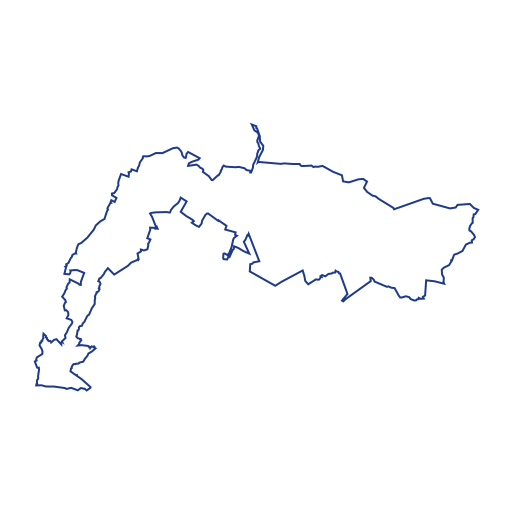 Villa de Álvarez, Colima, Mexico, rotated 179°
{"feature_id": "50627088B49259449060306", "entity_name": "Villa de Álvarez", "entity_type": "district", "adm_level": 2, "iso_a3": "MEX", "parent_name": "Mexico", "parent_adm1": "Colima", "projection": "albers", "projection_center": [-103.768, 19.327], "detail": "fine", "context": "isolated", "style": "outline", "palette": "blue", "viewbox_px": 512, "rotation_deg": 179, "n_neighbors": 0, "source": "geoboundaries", "source_scale": "gbopen_adm2", "svg_char_len": 6112}
<svg xmlns="http://www.w3.org/2000/svg" viewBox="0 0 512 512"><g transform="rotate(179 256 256)"><path d="M441.3,257.0L443.7,252.3L445.9,251.0L445.4,249.6L446.8,248.7L446.2,248.2L446.5,246.6L447.9,241.5L443.2,240.9L442.2,241.8L441.5,244.3L441.8,244.8L437.1,245.1L434.9,245.0L428.1,242.1L431.6,233.1L431.6,230.2L433.0,230.4L434.4,231.7L442.6,235.9L442.9,232.7L444.3,231.6L446.0,227.9L445.7,226.7L447.0,225.1L448.3,222.0L450.5,218.7L447.4,215.2L446.9,213.3L447.7,212.7L449.1,209.6L448.1,205.0L446.4,205.0L444.8,203.0L444.6,200.3L446.4,197.0L441.9,195.4L440.8,193.5L441.0,192.0L444.5,187.4L446.5,182.9L448.4,180.1L447.9,177.4L451.6,173.9L451.4,173.5L451.7,173.7L452.2,172.7L452.2,171.0L457.0,176.3L459.3,175.7L462.3,173.2L462.5,173.9L463.4,174.6L464.5,174.5L465.5,175.2L465.5,175.8L466.6,176.8L466.4,177.6L467.4,178.3L467.3,179.6L469.8,182.0L470.2,178.9L469.9,177.9L471.0,176.2L471.1,174.9L472.1,174.7L472.3,173.2L473.3,173.1L474.0,170.5L471.7,166.3L471.1,164.1L471.4,161.7L476.8,158.5L477.6,156.5L477.2,155.3L479.0,154.4L477.0,148.8L476.6,148.1L475.1,148.2L474.9,146.3L476.0,139.5L475.9,137.9L476.2,136.6L477.1,135.7L477.3,133.5L477.0,132.0L477.7,131.8L478.0,130.4L472.7,130.5L468.4,129.2L460.4,129.0L449.3,127.3L447.9,126.4L443.1,127.4L436.5,124.8L433.3,127.1L430.7,126.3L429.7,126.4L427.7,124.5L423.8,127.1L423.7,127.8L432.5,135.9L436.9,139.1L437.2,140.1L437.9,139.8L443.5,143.9L442.9,146.8L442.2,147.1L442.1,148.6L440.8,150.6L440.0,151.2L438.4,151.0L437.8,151.5L435.3,151.5L434.4,152.5L430.5,153.4L429.1,155.9L426.2,159.3L425.3,161.4L421.7,163.4L418.2,166.4L418.7,166.6L418.8,167.4L419.3,167.3L419.6,168.4L420.4,168.0L421.9,168.5L423.1,167.1L423.1,167.8L424.3,167.5L424.9,168.8L426.7,169.2L431.8,169.9L435.8,169.6L434.2,171.1L434.3,172.1L432.2,174.8L433.1,175.5L432.8,176.1L435.5,176.8L437.1,178.6L436.3,180.8L435.7,184.6L434.9,184.8L434.4,185.9L434.3,187.7L433.5,188.8L431.3,189.3L430.4,191.6L428.9,193.0L425.7,199.1L424.0,200.2L421.0,206.7L418.1,210.8L418.0,214.7L417.5,216.7L417.7,218.5L416.8,220.6L415.9,221.7L416.0,222.6L414.2,223.2L413.0,225.6L413.8,226.5L413.2,227.2L413.2,228.5L412.0,230.7L412.1,231.5L412.8,232.9L414.1,233.6L412.9,236.4L411.9,236.5L408.4,240.6L407.4,242.7L404.3,246.4L398.1,239.9L384.4,248.3L380.9,251.6L375.0,254.0L374.1,253.9L374.1,254.9L373.4,254.9L374.4,260.6L371.0,262.5L371.0,264.5L367.9,263.5L364.5,264.6L363.5,268.5L363.7,270.0L362.9,271.0L361.3,274.4L364.4,275.7L361.3,284.0L361.4,286.2L355.7,285.8L356.0,285.1L353.9,285.0L354.9,287.4L355.6,287.2L359.3,297.1L361.2,300.3L360.1,300.9L355.5,301.4L344.5,301.5L341.4,300.9L340.0,303.8L337.2,307.1L333.0,310.3L331.5,312.6L330.3,315.7L324.4,311.8L330.5,301.5L325.1,297.2L319.1,293.5L317.6,292.0L319.6,290.4L315.9,287.8L312.5,286.1L309.8,289.4L309.3,292.2L305.9,297.9L304.4,299.2L303.2,299.4L293.2,291.8L292.9,292.4L285.0,286.7L286.3,283.0L276.0,280.0L276.6,277.6L274.7,276.6L277.6,274.5L278.5,272.9L280.3,265.2L282.7,259.4L284.7,257.5L286.9,258.9L287.9,259.1L288.5,258.8L288.8,255.4L288.8,254.0L288.3,253.4L284.9,253.0L283.7,255.8L282.8,256.6L282.3,255.8L279.2,262.5L278.1,263.4L277.7,266.1L273.7,264.4L268.1,260.9L262.7,258.5L267.9,270.5L266.4,272.2L264.3,276.9L263.7,276.6L263.0,278.4L252.8,250.7L258.8,249.6L259.7,248.4L261.9,247.9L262.5,240.7L237.3,225.9L230.9,229.8L209.6,240.7L208.0,235.2L207.2,230.3L204.3,226.8L196.4,231.6L194.6,231.2L193.2,231.4L191.7,233.5L191.8,234.3L190.8,234.0L191.2,235.1L190.3,235.8L187.0,234.5L183.9,236.8L180.5,237.2L179.6,238.0L177.3,238.0L176.7,239.9L175.7,239.1L173.9,238.7L173.4,237.3L172.2,237.0L165.2,216.4L170.8,209.9L169.6,209.1L167.0,211.4L141.7,228.9L142.1,232.3L140.7,232.2L138.8,230.4L137.8,228.3L125.6,222.9L124.1,223.3L121.5,222.0L118.0,221.5L113.9,213.8L112.5,212.0L111.3,211.9L106.9,213.1L103.6,212.2L102.2,210.3L98.5,208.7L96.6,208.9L95.8,209.9L94.2,210.0L94.0,211.3L92.1,210.3L89.0,210.5L89.9,212.1L87.6,213.6L86.3,228.7L77.9,227.6L68.3,225.0L69.0,226.9L68.6,230.2L68.8,231.5L70.3,234.3L70.5,239.1L68.5,241.0L63.1,243.5L61.1,246.7L60.8,248.4L60.1,248.1L58.1,253.4L57.5,254.0L54.5,254.9L49.5,257.4L45.9,263.8L42.0,265.5L39.8,265.7L40.0,267.7L39.5,268.4L38.3,268.7L36.7,271.0L37.7,273.4L40.7,277.0L42.1,277.7L42.3,279.4L41.4,282.4L39.6,284.9L38.8,285.3L38.7,290.2L37.9,291.0L37.6,293.8L36.0,294.1L33.0,298.3L37.3,300.2L41.3,304.3L53.6,303.6L55.5,301.0L61.2,300.2L78.3,305.2L81.1,310.8L83.0,310.9L87.4,310.2L117.2,300.3L117.8,301.7L132.2,310.9L135.5,313.6L138.4,314.3L143.7,318.1L146.9,322.2L143.7,328.5L147.5,331.2L152.2,330.9L161.9,328.0L167.6,329.1L168.7,335.2L177.2,338.7L187.9,344.9L192.7,344.1L195.2,344.4L196.9,343.9L198.9,345.4L208.8,345.1L210.0,346.0L210.7,347.2L218.4,347.4L226.0,348.1L229.7,347.7L250.8,349.9L252.1,349.9L252.6,349.5L251.2,354.6L247.2,362.0L246.8,366.0L250.0,370.5L250.1,375.6L252.7,383.6L253.5,384.0L253.5,385.8L257.9,387.5L255.4,381.6L252.5,379.7L251.3,378.0L251.0,375.9L252.7,371.6L252.7,369.9L251.7,368.6L251.3,366.3L249.9,363.1L251.6,361.8L253.0,358.2L253.1,356.1L253.9,353.9L257.3,347.1L257.5,344.6L259.4,339.6L260.3,339.6L260.1,341.3L264.0,342.1L265.7,343.8L267.6,344.4L271.8,345.4L274.9,345.1L284.7,345.9L286.7,347.0L288.1,345.3L288.6,343.5L289.8,341.7L289.7,340.9L291.9,337.4L292.6,337.4L298.0,332.6L299.0,332.7L301.8,336.7L307.6,341.0L307.1,342.9L307.9,344.1L310.3,345.3L311.7,347.0L313.9,348.4L322.3,347.3L321.5,349.8L318.2,351.4L312.0,353.3L310.6,354.8L322.1,361.2L323.7,359.4L324.2,356.3L324.8,355.9L324.8,355.3L326.4,355.9L327.8,357.8L328.5,360.9L329.4,362.4L331.5,364.9L333.2,365.8L337.5,365.1L347.7,360.5L354.3,360.7L360.3,358.0L362.9,357.5L367.0,357.7L367.4,357.2L367.4,355.8L370.5,351.6L371.3,348.4L372.5,346.4L373.6,342.8L378.9,344.8L379.5,342.7L382.0,341.9L381.6,340.6L382.0,337.5L389.5,340.3L391.9,334.0L392.5,331.3L392.3,328.9L393.4,327.1L393.6,325.4L396.6,321.4L398.9,321.0L398.9,319.2L394.5,316.5L396.4,312.5L399.7,314.3L400.6,311.9L400.1,311.5L400.9,311.2L403.6,306.6L403.7,306.0L403.1,305.1L404.1,303.7L406.9,295.6L410.9,293.5L415.6,289.4L417.8,285.1L424.3,277.3L430.6,272.0L433.4,270.9L434.9,267.3L436.1,262.4L435.8,261.6L437.2,261.6L439.6,260.2L440.1,258.4L441.3,257.0Z" fill="none" stroke="#1e3a8a" stroke-width="2"/></g></svg>